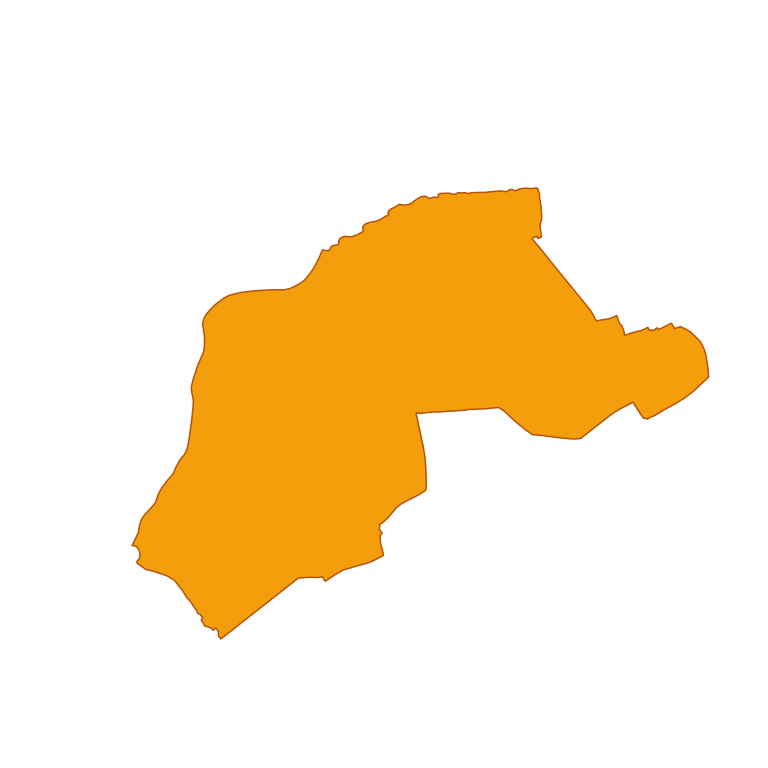 outline of Wat Phleng, Ratchaburi, Thailand, rotated 243°
{"feature_id": "78962969B25106488333665", "entity_name": "Wat Phleng", "entity_type": "district", "adm_level": 2, "iso_a3": "THA", "parent_name": "Thailand", "parent_adm1": "Ratchaburi", "projection": "robinson", "projection_center": [99.866, 13.45], "detail": "fine", "context": "isolated", "style": "filled", "palette": "amber", "viewbox_px": 768, "rotation_deg": 243, "n_neighbors": 0, "source": "geoboundaries", "source_scale": "gbopen_adm2", "svg_char_len": 6097}
<svg xmlns="http://www.w3.org/2000/svg" viewBox="0 0 768 768"><g transform="rotate(243 384 384)"><path d="M531.4,390.0L525.8,383.3L521.8,377.8L518.9,373.6L516.5,369.0L514.1,363.9L513.1,361.4L512.4,358.9L511.9,356.5L511.7,354.1L511.6,348.6L511.7,345.0L511.9,343.0L512.3,341.3L513.0,338.7L514.0,336.3L518.0,328.5L524.0,315.2L525.9,310.6L530.0,299.7L530.7,297.4L532.9,288.4L533.2,286.3L533.3,283.4L533.2,281.4L532.9,278.8L531.5,270.7L530.7,267.4L528.6,261.6L526.8,257.4L525.2,254.6L522.8,252.1L520.8,250.3L518.8,249.2L512.1,247.1L507.3,245.4L500.0,241.6L497.1,239.8L494.7,238.0L493.0,236.2L490.1,232.4L484.7,226.0L474.8,216.1L469.9,211.8L467.7,210.4L465.4,209.4L457.9,207.3L455.5,206.4L452.8,205.0L448.7,202.5L440.0,196.8L426.0,187.2L418.9,182.0L415.1,178.5L413.5,176.7L412.2,174.9L411.1,172.7L409.0,167.6L404.1,160.5L400.9,156.9L399.9,155.4L395.1,144.3L392.3,138.8L390.2,135.5L388.4,133.0L383.0,127.5L382.0,126.4L381.3,125.1L376.1,111.3L374.9,108.8L372.9,105.8L370.1,103.0L367.1,100.5L365.7,99.6L363.2,97.7L354.5,86.3L352.9,88.4L351.9,89.3L351.4,89.6L350.3,90.0L348.5,90.2L346.6,90.2L344.0,89.6L342.0,88.7L341.4,88.4L340.5,87.7L340.0,87.2L339.4,86.2L338.2,83.6L337.7,83.0L337.5,82.8L337.2,82.8L335.8,83.0L327.7,87.2L326.8,87.7L325.9,88.6L324.7,90.4L322.2,93.2L317.6,97.8L311.4,103.7L310.8,104.2L309.6,104.9L307.6,105.9L305.1,107.7L304.5,108.0L302.7,108.5L297.4,109.4L292.9,110.5L284.4,111.2L282.9,111.4L279.3,112.5L276.0,113.1L270.0,113.7L267.7,114.2L266.9,114.2L265.6,113.9L265.0,113.9L263.6,114.3L262.2,115.5L260.2,115.8L258.5,116.7L258.4,116.6L258.2,116.4L256.6,114.0L255.7,114.0L253.1,114.6L252.3,114.6L250.3,114.4L249.7,114.6L249.3,114.9L246.8,117.7L244.7,119.3L242.7,119.8L242.2,120.1L242.2,120.4L242.2,120.6L243.0,123.0L242.9,123.2L242.6,123.6L242.4,123.7L240.5,123.7L239.3,123.9L237.9,123.8L237.4,123.6L235.9,122.6L234.8,122.2L234.4,122.1L231.8,122.8L230.9,122.9L250.0,219.7L249.6,220.2L248.3,223.7L245.7,229.6L243.8,233.3L242.1,236.3L241.6,237.4L240.1,241.5L239.7,241.8L237.2,241.7L235.8,242.0L234.9,242.2L236.2,253.1L236.6,258.4L236.7,261.6L236.7,262.8L236.3,265.7L235.8,268.4L233.8,279.2L231.7,289.5L231.6,290.8L231.4,297.4L231.5,300.2L231.5,305.5L234.2,306.6L243.5,308.6L250.9,311.7L251.1,312.0L251.6,314.2L251.9,314.6L253.5,314.5L255.4,314.0L256.4,313.9L256.9,314.1L259.5,315.8L260.9,316.3L261.1,316.5L261.0,319.8L263.0,326.7L268.1,338.7L269.0,342.8L269.6,349.4L269.5,364.8L269.8,368.3L270.1,371.4L270.5,372.7L270.8,373.1L272.5,374.6L279.6,378.1L290.5,383.3L300.4,387.3L309.0,390.1L312.3,391.1L316.5,392.0L320.2,393.1L332.5,396.4L337.6,397.8L341.5,398.7L343.6,399.5L343.7,399.8L342.6,400.9L342.1,401.4L341.8,402.0L337.6,412.9L336.9,414.7L336.0,416.2L332.5,423.9L330.7,428.5L325.9,439.5L323.4,445.6L322.5,449.2L320.5,452.6L318.8,456.9L317.5,459.4L316.5,461.6L313.0,470.5L310.9,475.6L305.0,479.0L291.6,483.7L280.0,488.8L271.5,493.2L266.7,501.0L258.6,512.7L250.9,524.5L248.5,528.9L247.1,532.0L246.4,533.9L246.3,535.3L249.5,551.0L252.1,564.9L253.4,571.2L254.0,575.5L254.6,582.4L254.7,597.5L254.3,597.8L250.7,597.9L244.8,598.5L242.3,598.7L235.7,599.7L235.4,599.8L235.1,600.2L234.8,601.3L234.6,601.7L234.0,602.3L233.1,602.7L233.0,602.8L233.0,603.0L233.4,604.6L233.4,606.0L233.3,607.4L233.1,608.4L233.1,611.0L233.3,615.6L233.5,617.8L233.7,619.5L234.3,636.9L235.2,646.2L237.1,656.6L242.9,676.5L251.3,680.0L262.4,683.5L266.5,684.7L271.8,685.2L276.7,685.2L280.2,684.5L284.7,683.1L292.1,680.3L295.7,677.9L300.5,674.2L301.6,667.9L303.3,668.1L304.5,668.0L307.5,667.7L307.7,666.2L307.7,658.6L307.7,656.2L307.9,653.6L308.2,653.4L309.6,653.2L309.8,653.2L309.9,652.9L309.9,652.6L309.6,648.7L309.6,647.3L309.6,647.2L310.4,647.1L310.7,646.9L311.0,645.4L311.2,645.1L311.4,645.0L313.5,644.7L314.5,644.8L314.6,644.7L314.8,639.2L315.1,636.4L315.7,634.2L316.7,630.0L317.8,622.7L318.1,620.9L318.2,620.7L318.5,620.6L320.9,621.4L322.4,621.7L325.7,622.2L328.0,622.3L329.6,621.7L332.7,621.5L333.8,621.6L339.1,622.5L339.3,622.3L339.4,622.1L339.4,620.3L339.5,617.4L339.8,615.0L340.3,613.0L342.6,606.2L343.6,602.4L343.9,601.9L353.1,601.6L356.6,601.2L365.7,599.3L368.3,598.8L414.2,588.8L433.4,584.9L446.1,582.0L446.3,582.2L446.5,583.9L446.5,584.3L446.1,587.2L445.9,587.4L445.6,587.5L445.1,587.5L444.1,587.1L443.9,587.1L443.3,590.7L443.4,590.9L452.5,594.3L453.9,594.7L454.7,595.1L455.7,595.9L458.0,598.3L460.5,599.9L463.8,601.6L472.5,605.1L476.6,606.4L477.9,606.7L479.5,607.3L480.6,607.7L481.4,608.2L482.2,608.6L482.8,608.8L483.7,609.0L485.5,609.2L487.6,609.6L489.1,609.5L490.0,607.4L491.0,604.5L491.6,603.2L493.7,600.1L494.5,598.4L495.6,595.6L496.0,594.1L496.2,593.0L496.4,589.3L496.6,588.8L496.7,588.5L499.4,586.2L499.8,585.2L499.9,584.4L499.8,581.0L500.1,579.8L502.0,577.4L502.4,576.8L503.4,574.9L506.7,566.8L508.5,561.9L509.5,559.7L511.6,555.6L513.7,551.0L514.7,549.1L514.9,548.5L514.9,547.1L515.6,545.5L516.1,544.7L517.5,543.4L517.7,543.1L519.6,538.8L520.8,537.0L520.9,536.3L520.8,534.6L520.9,533.4L521.0,532.7L521.6,531.8L524.3,528.9L527.7,522.0L528.3,520.1L528.4,519.2L528.2,518.4L528.1,518.2L527.8,518.1L527.0,517.9L526.2,517.6L526.0,517.1L526.0,516.7L526.2,516.0L527.3,514.2L527.8,513.3L529.0,508.6L529.5,507.8L530.1,507.4L531.3,507.2L532.0,506.8L532.5,506.0L533.0,504.9L534.0,502.1L534.1,501.2L534.0,499.3L533.5,494.7L533.2,493.4L532.8,492.3L532.6,491.3L532.6,489.5L532.8,487.8L533.3,485.8L533.6,484.9L534.4,482.9L535.6,481.2L536.9,479.8L537.1,479.2L537.1,478.5L536.8,475.6L536.7,473.3L536.8,470.1L536.6,468.5L536.1,467.2L535.7,466.4L535.2,465.6L534.8,465.3L534.6,465.2L533.3,465.1L532.9,464.9L532.6,464.5L532.5,463.9L532.9,461.2L532.5,459.5L532.3,458.1L532.2,455.4L532.6,451.8L532.8,450.5L534.4,445.0L534.9,441.1L535.0,440.2L534.9,439.7L534.1,437.1L533.8,436.6L532.5,435.9L529.5,434.7L529.3,434.5L529.2,433.7L529.2,427.8L529.9,422.2L530.2,421.0L531.3,419.2L533.1,416.7L533.4,416.0L533.6,415.0L533.7,413.6L533.7,412.9L533.5,410.9L532.9,409.6L532.5,409.2L532.0,408.7L529.9,407.4L529.4,406.9L529.3,406.6L529.2,406.0L529.3,404.8L529.6,403.9L530.3,402.6L530.6,400.3L530.5,399.9L530.3,399.3L528.2,396.3L528.0,395.4L528.1,394.8L528.9,393.4L531.4,390.0Z" fill="#f59e0b" stroke="#b45309" stroke-width="1.5"/></g></svg>